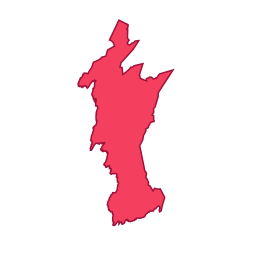 Jondal nor, Hordaland, Norway (Equal Earth projection), rotated 294°
{"feature_id": "86288312B59600167870114", "entity_name": "Jondal nor", "entity_type": "district", "adm_level": 2, "iso_a3": "NOR", "parent_name": "Norway", "parent_adm1": "Hordaland", "projection": "equal_earth", "projection_center": [6.252, 60.244], "detail": "fine", "context": "isolated", "style": "filled", "palette": "rose", "viewbox_px": 256, "rotation_deg": 294, "n_neighbors": 0, "source": "geoboundaries", "source_scale": "gbopen_adm2", "svg_char_len": 5642}
<svg xmlns="http://www.w3.org/2000/svg" viewBox="0 0 256 256"><g transform="rotate(294 128 128)"><path d="M160.4,65.6L159.3,65.6L158.7,65.4L158.8,65.1L158.6,65.0L156.1,65.3L155.2,64.9L155.0,64.5L153.7,64.5L153.7,64.2L153.2,64.1L152.1,64.4L149.5,64.2L149.0,64.4L147.8,64.3L148.3,64.5L148.1,64.6L148.1,64.9L147.1,65.0L147.2,65.4L146.4,65.7L146.6,65.9L146.3,66.1L146.2,67.2L146.7,67.5L147.0,68.0L146.9,68.2L147.0,68.5L146.5,68.9L147.5,69.5L146.9,70.1L147.6,70.3L147.8,70.7L148.5,70.7L149.2,71.2L149.3,71.6L149.3,71.9L149.0,72.0L149.0,72.6L149.2,72.9L149.1,73.2L148.4,73.6L147.9,74.5L148.4,74.5L148.5,74.9L149.3,75.2L150.8,75.5L153.2,75.5L154.8,76.3L156.6,76.3L157.1,77.2L156.9,77.4L157.2,77.5L157.1,77.8L157.3,78.2L158.0,78.1L157.9,78.3L158.1,78.6L158.1,79.3L157.3,79.3L156.6,79.0L154.6,79.5L152.1,80.6L151.5,80.4L151.1,80.6L149.8,80.5L149.6,80.4L149.6,80.0L148.3,80.7L146.6,80.8L146.0,81.2L145.1,81.1L144.2,81.2L143.3,81.8L143.3,82.0L143.6,82.0L143.5,82.3L142.7,82.6L142.2,83.1L142.2,83.5L140.8,84.4L141.3,84.6L140.9,85.3L140.8,85.6L141.1,85.9L141.0,86.3L140.0,85.7L139.4,85.9L139.5,86.0L139.5,86.3L139.8,86.4L139.6,86.5L140.8,86.6L140.5,86.7L140.6,86.9L141.3,86.7L141.5,86.8L140.9,87.2L140.7,87.0L139.3,87.4L139.1,87.6L139.5,87.8L137.6,88.2L136.6,88.9L135.3,89.3L134.9,90.0L135.6,91.0L135.3,91.6L133.4,92.3L129.6,92.6L128.3,93.2L127.8,93.2L127.6,93.5L127.0,93.5L126.8,93.6L127.0,93.7L124.6,94.4L123.3,95.3L122.4,95.5L122.4,96.0L121.7,96.3L122.0,96.6L121.7,96.8L117.9,97.6L116.2,96.5L113.8,96.0L113.6,96.2L114.5,96.4L114.4,96.6L113.6,96.8L113.6,96.7L113.4,96.6L113.5,96.7L113.0,96.8L112.0,97.4L110.0,97.5L108.3,97.9L105.9,97.9L104.2,98.3L103.3,98.7L101.7,98.8L101.3,99.2L101.5,99.8L100.8,101.0L99.3,101.2L98.9,101.7L97.9,101.2L96.5,101.7L95.1,101.6L94.8,101.9L93.7,102.0L93.4,102.4L92.4,102.8L92.6,103.4L93.3,103.6L96.9,104.0L97.5,103.8L97.8,104.1L98.7,104.0L99.0,104.3L99.8,104.4L100.8,104.9L101.8,106.4L101.8,106.7L101.6,106.7L101.4,107.4L101.7,107.9L102.1,108.1L101.8,108.4L103.7,109.2L103.8,109.4L103.4,109.7L103.3,110.4L103.2,110.5L103.8,110.8L103.8,111.2L103.6,111.4L103.9,111.7L104.5,111.6L104.3,111.6L104.7,111.8L105.2,112.2L105.2,112.5L104.2,112.7L102.1,112.0L100.1,111.8L99.3,112.0L98.1,111.6L97.4,111.7L97.3,112.0L96.9,112.2L96.7,112.6L97.7,113.8L96.2,114.1L96.3,114.8L97.3,115.4L97.6,116.0L97.4,116.3L97.7,116.5L97.7,117.0L97.9,117.0L98.3,117.5L98.1,117.9L97.6,118.0L97.6,118.3L96.7,118.7L96.9,119.2L97.3,119.5L95.6,120.3L93.9,120.4L91.9,121.0L88.0,121.4L85.2,120.7L84.5,121.1L84.8,121.6L84.3,122.1L84.3,122.5L83.2,123.5L83.3,124.0L84.0,124.1L83.8,124.5L84.3,124.7L84.6,125.3L85.8,125.5L86.0,125.7L85.3,127.1L84.3,127.0L84.0,127.4L83.3,127.6L84.1,129.2L82.5,129.8L82.3,129.5L81.9,129.6L81.9,130.0L81.6,130.1L80.9,129.8L79.2,130.1L78.9,131.6L80.2,132.5L80.5,133.9L81.2,134.3L81.1,134.9L81.4,136.1L81.3,136.6L80.7,137.0L80.0,137.2L79.2,137.0L78.4,137.4L78.2,138.2L78.6,138.3L78.4,138.7L76.9,138.9L75.8,139.7L74.7,140.2L74.5,140.3L74.8,140.6L74.7,140.9L73.7,141.8L72.9,142.0L72.3,141.8L71.5,142.0L66.6,143.3L65.8,143.1L64.3,143.1L64.2,142.8L63.0,142.0L63.1,141.0L62.7,140.3L61.8,140.5L60.8,140.2L60.3,139.8L58.2,139.8L56.5,139.5L54.6,139.8L53.4,139.7L51.8,139.8L49.8,140.2L48.9,140.8L48.7,141.8L47.5,142.1L47.0,142.5L46.7,142.5L46.9,142.6L46.7,142.8L45.6,143.4L45.8,143.7L45.1,144.3L45.3,144.8L44.9,145.1L44.9,145.4L44.3,146.4L44.6,146.6L45.0,147.7L44.6,148.2L43.7,148.4L43.7,148.7L42.9,149.2L42.8,149.8L41.3,150.1L38.3,151.1L36.3,152.4L36.4,152.8L35.9,153.1L34.4,153.5L34.5,153.6L33.8,153.5L33.2,153.7L33.2,154.6L33.8,154.7L33.8,155.4L34.7,155.9L35.9,156.0L37.8,156.5L39.1,157.5L38.8,157.9L36.6,158.8L38.4,159.3L39.5,160.1L39.4,160.5L37.8,161.4L37.9,162.2L39.6,163.3L40.5,163.4L41.5,163.0L43.1,163.5L43.2,164.2L43.6,164.3L43.3,164.5L43.9,164.9L43.9,165.3L42.9,165.9L42.8,166.4L43.3,167.1L43.4,168.2L44.2,168.7L44.5,169.6L45.1,169.9L46.0,171.1L47.3,171.5L47.6,171.6L47.3,171.8L47.9,171.9L47.8,172.1L48.1,172.6L49.3,172.7L49.8,173.2L49.8,173.7L50.1,174.1L50.3,175.3L51.0,176.6L52.1,177.4L52.9,178.7L54.5,179.4L56.4,179.4L59.4,180.9L59.7,181.1L59.7,181.4L60.1,181.3L60.9,181.8L61.2,182.8L61.9,183.2L62.0,183.6L62.5,184.2L62.3,184.8L62.5,185.0L62.8,185.1L63.0,184.8L63.4,184.9L63.2,184.9L63.4,184.8L64.4,184.9L65.0,185.3L64.7,185.5L65.0,185.4L65.5,185.8L65.5,186.2L68.1,186.8L69.0,187.5L69.3,187.9L69.2,188.3L68.5,189.3L67.1,189.8L65.6,189.9L64.8,190.5L64.9,191.0L64.5,191.2L65.6,191.9L66.4,191.9L70.3,191.0L79.6,189.7L85.5,182.2L84.4,180.4L83.9,178.2L83.9,177.1L83.2,176.7L80.6,176.5L84.0,171.7L84.3,169.6L86.5,169.0L89.4,165.9L89.8,164.6L94.2,163.3L95.3,161.8L95.4,161.0L116.6,145.9L122.9,146.3L127.8,145.2L132.5,145.6L134.1,144.5L136.7,146.4L137.8,146.0L142.4,146.4L144.6,149.2L145.3,148.9L145.6,148.3L149.5,146.5L149.5,144.8L152.8,145.1L156.1,143.5L158.3,144.2L169.4,142.7L171.7,141.4L174.1,141.5L199.3,145.5L190.2,134.8L187.7,134.2L185.8,134.0L185.3,133.4L185.3,133.1L184.6,132.9L183.0,131.4L184.0,129.1L183.3,127.1L180.4,124.8L179.2,125.2L178.7,125.7L178.4,123.4L178.4,118.9L181.7,116.7L192.9,115.5L187.3,108.2L185.5,107.4L184.6,106.5L184.8,106.0L180.7,104.7L174.8,101.6L180.9,97.9L180.1,96.0L184.7,95.1L202.2,100.8L212.2,102.3L210.3,99.1L208.7,98.7L207.6,98.0L207.0,96.8L204.9,96.3L204.3,94.2L204.4,93.4L206.2,93.0L206.1,92.7L208.7,93.3L209.8,91.0L217.8,87.7L218.1,87.5L217.6,86.8L217.7,86.6L219.3,86.9L221.1,86.7L221.3,86.2L222.4,86.0L222.8,75.8L200.9,75.3L201.0,77.1L199.9,80.0L197.3,82.4L191.1,77.7L187.5,78.0L186.3,78.5L184.7,78.5L182.1,75.3L180.0,74.6L178.2,73.5L173.8,69.6L171.0,70.1L167.8,70.1L162.7,69.2L161.4,69.3L161.0,68.3L161.1,67.5L160.6,66.8L160.4,65.6Z" fill="#f43f5e" stroke="#9f1239" stroke-width="1.5"/></g></svg>